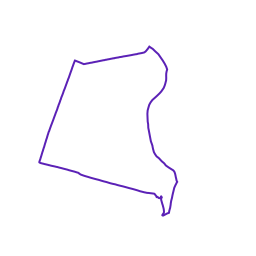 outline of Chau Phu, An Giang, Vietnam, rotated 35°
{"feature_id": "81297802B67223328663780", "entity_name": "Chau Phu", "entity_type": "district", "adm_level": 2, "iso_a3": "VNM", "parent_name": "Vietnam", "parent_adm1": "An Giang", "projection": "albers", "projection_center": [105.199, 10.569], "detail": "fine", "context": "isolated", "style": "outline", "palette": "violet", "viewbox_px": 256, "rotation_deg": 35, "n_neighbors": 0, "source": "geoboundaries", "source_scale": "gbopen_adm2", "svg_char_len": 5595}
<svg xmlns="http://www.w3.org/2000/svg" viewBox="0 0 256 256"><g transform="rotate(35 128 128)"><path d="M45.8,103.2L46.2,104.7L46.5,106.0L47.1,108.2L47.3,108.9L47.5,109.8L48.0,111.4L48.6,113.5L49.1,115.4L49.9,118.2L50.7,121.0L50.8,121.6L51.1,122.9L51.4,123.7L51.7,125.1L52.0,126.2L52.1,126.4L52.4,127.7L52.7,128.7L52.9,129.5L53.6,132.1L54.1,134.4L54.4,135.4L54.8,136.7L55.1,137.9L55.5,139.5L55.7,140.5L56.1,142.0L56.5,143.1L56.7,144.3L57.0,145.0L57.1,145.4L57.6,147.3L57.8,148.2L57.9,148.7L58.3,150.0L58.5,150.5L58.5,150.9L58.9,152.2L59.0,152.3L59.1,152.8L59.4,153.7L59.6,154.6L59.9,155.9L60.1,156.7L60.2,157.2L60.7,158.9L60.9,159.7L61.6,162.4L62.1,164.2L63.0,167.8L63.1,168.1L63.4,169.4L63.7,170.6L64.0,171.6L64.3,172.8L64.6,173.7L64.7,174.4L64.9,174.8L65.2,175.9L65.2,176.0L65.2,176.3L65.4,177.1L65.8,178.3L65.9,178.5L66.0,178.9L66.1,179.2L66.1,179.3L66.2,179.6L66.4,180.3L66.6,180.8L66.8,181.3L66.8,181.5L67.1,182.2L67.2,182.5L67.3,182.9L67.5,183.5L67.6,184.1L67.7,184.3L67.9,184.9L68.1,185.5L68.2,185.8L68.3,186.1L68.4,186.4L68.5,186.7L68.7,187.2L68.8,187.8L69.0,188.3L69.2,188.9L69.4,189.5L70.0,191.2L70.2,191.8L70.3,192.2L70.4,192.7L70.7,193.5L70.9,194.3L71.0,194.6L71.2,195.0L71.3,195.4L71.4,195.7L71.6,196.4L71.6,196.5L71.7,196.8L71.9,197.4L72.1,198.0L72.2,198.3L72.8,200.1L73.0,200.6L73.1,201.2L73.4,201.9L73.6,202.7L73.9,203.4L74.3,204.9L74.7,206.3L74.9,206.8L75.0,206.9L75.1,207.0L75.3,207.0L76.2,206.9L76.6,206.8L77.4,206.5L78.7,206.0L79.2,205.8L80.1,205.5L81.3,205.0L83.1,204.3L83.5,204.1L84.0,204.0L84.7,203.7L85.1,203.5L85.8,203.3L86.3,203.1L87.3,202.7L89.6,201.7L90.6,201.3L91.9,200.8L92.2,200.6L94.3,199.9L95.8,199.3L96.6,199.0L98.8,198.2L100.9,197.4L101.7,197.1L102.5,196.8L103.3,196.6L105.0,196.0L109.3,194.4L111.6,193.7L113.0,193.2L113.4,193.2L113.6,193.2L113.8,193.3L114.0,193.3L114.4,193.3L114.7,193.3L115.2,193.3L116.2,193.2L119.1,192.4L121.0,191.8L123.3,191.0L125.2,190.4L126.7,189.9L130.3,188.6L131.9,188.0L133.7,187.3L134.0,187.2L134.3,187.1L134.9,186.9L135.9,186.6L136.5,186.4L139.1,185.5L140.6,184.9L142.0,184.4L143.0,184.1L145.2,183.4L147.5,182.5L149.8,181.5L152.0,180.8L154.4,179.9L157.4,178.7L159.9,177.8L163.6,176.5L164.6,176.1L167.0,175.2L169.3,174.4L171.7,173.6L174.1,172.9L175.9,172.2L178.3,171.3L179.4,170.8L180.4,170.4L181.0,170.1L182.1,169.4L182.5,169.2L183.5,168.7L184.2,168.3L187.1,166.8L187.7,166.8L188.1,166.9L188.6,167.1L188.9,167.2L189.3,167.3L189.7,167.4L190.0,167.5L190.5,167.7L190.6,167.8L190.8,168.0L191.0,168.1L191.2,167.8L191.4,167.6L191.5,167.6L191.9,167.5L192.1,167.6L192.3,167.6L192.7,167.7L193.0,167.7L193.3,167.7L193.6,167.6L193.9,167.5L194.1,167.3L194.4,167.0L194.6,166.8L194.8,166.6L194.9,166.4L194.8,166.0L194.7,165.8L194.6,165.7L194.4,165.6L194.3,165.4L194.3,165.2L194.5,165.0L195.1,165.3L195.4,165.4L195.5,165.9L195.6,166.4L195.7,166.7L195.8,167.0L196.0,167.4L196.4,167.8L196.9,168.3L197.5,168.7L197.8,169.0L198.3,169.4L198.9,169.9L199.4,170.3L200.0,170.8L200.6,171.2L201.1,171.6L201.6,172.1L201.9,172.3L202.5,172.8L202.8,173.1L203.2,173.4L203.6,173.8L204.0,174.2L204.3,174.5L204.7,175.0L205.4,175.8L205.6,176.1L205.8,176.4L205.9,176.8L206.0,177.2L206.0,177.5L206.0,178.1L206.0,179.1L206.1,179.4L206.1,179.7L206.2,179.8L206.3,179.8L206.6,179.8L206.8,179.7L207.0,179.6L207.1,179.3L207.4,178.9L207.7,178.3L208.0,177.7L208.3,177.1L208.6,176.5L208.9,175.9L209.2,175.4L209.4,175.1L209.8,174.6L210.2,173.9L210.0,173.6L209.8,173.2L209.6,172.7L209.3,172.1L208.9,170.9L208.5,169.9L208.4,169.4L207.9,168.4L207.1,166.7L206.0,164.7L205.8,164.2L205.2,163.0L204.5,161.1L204.1,160.0L203.1,157.8L202.2,155.6L201.6,154.0L201.0,152.5L200.6,151.5L200.4,151.0L200.2,150.5L200.0,149.5L199.6,147.3L199.5,146.3L199.2,144.6L199.2,143.9L198.8,143.7L198.1,143.3L197.7,143.0L196.7,142.0L195.4,140.9L194.5,140.0L193.1,138.7L192.5,138.2L191.3,137.4L191.0,137.2L190.4,137.0L190.0,136.9L189.6,136.8L189.2,136.8L188.8,136.7L188.2,136.8L186.1,136.9L184.0,137.0L183.5,137.0L182.2,137.0L181.3,137.0L180.7,137.0L180.3,136.9L179.8,136.8L179.0,136.5L177.9,136.2L177.2,136.1L176.0,136.0L175.6,136.0L174.3,135.8L172.9,135.5L171.6,135.2L170.8,135.0L170.0,135.0L169.3,134.9L168.5,134.9L168.0,134.9L167.5,134.8L166.7,134.5L165.1,133.9L164.3,133.5L163.4,133.1L163.1,132.9L162.8,132.7L162.4,132.4L162.0,132.0L161.5,131.6L161.0,131.2L160.5,130.8L159.9,130.2L158.9,129.3L158.4,128.7L157.1,127.7L154.4,125.8L150.9,122.4L146.5,118.1L144.5,116.2L142.3,113.3L140.5,111.5L138.2,108.5L135.7,105.2L134.0,102.3L132.9,99.2L132.1,96.8L131.8,94.1L131.9,91.1L132.3,89.4L132.9,86.9L133.3,85.1L134.0,81.5L134.3,79.0L134.3,74.9L133.9,73.0L133.6,71.8L133.0,70.0L132.6,69.0L131.9,67.1L130.7,65.2L129.3,63.3L128.1,61.5L127.2,59.6L126.5,57.6L124.2,55.9L121.2,54.3L117.8,52.8L114.0,51.4L110.5,50.1L106.4,49.6L102.8,49.0L101.1,49.1L98.8,49.1L98.8,52.5L98.7,52.7L98.7,53.5L98.5,55.3L98.0,56.7L97.8,57.0L96.2,58.8L94.9,60.1L93.7,61.3L93.4,61.7L92.8,62.5L92.0,63.2L90.2,65.0L89.0,66.3L86.8,68.5L85.3,70.0L83.2,72.0L82.3,73.0L81.1,74.2L80.7,74.5L79.3,76.1L79.1,76.2L78.8,76.5L78.2,77.1L77.3,78.0L77.1,78.2L76.8,78.7L76.5,78.8L76.1,79.3L75.9,79.5L75.5,79.8L75.3,80.1L74.8,80.6L74.3,81.1L73.9,81.5L73.6,81.9L73.4,82.1L73.1,82.4L72.4,83.1L72.2,83.3L71.6,83.9L71.2,84.4L70.8,84.7L70.5,85.0L70.2,85.4L70.1,85.5L69.8,85.9L69.0,86.6L68.7,86.9L67.6,88.1L67.0,88.7L65.9,89.9L65.2,90.6L64.7,91.2L63.5,92.4L62.7,93.2L62.6,93.4L62.3,93.6L61.6,94.4L61.3,94.7L60.9,95.2L60.2,95.8L60.0,96.0L59.3,96.7L58.7,97.4L57.5,98.6L57.0,99.1L56.6,99.6L56.0,100.2L55.5,100.7L55.0,101.1L54.9,101.1L54.2,101.2L54.0,101.3L53.4,101.4L50.1,102.1L48.2,102.6L46.0,103.1L45.8,103.2Z" fill="none" stroke="#5b21b6" stroke-width="2"/></g></svg>